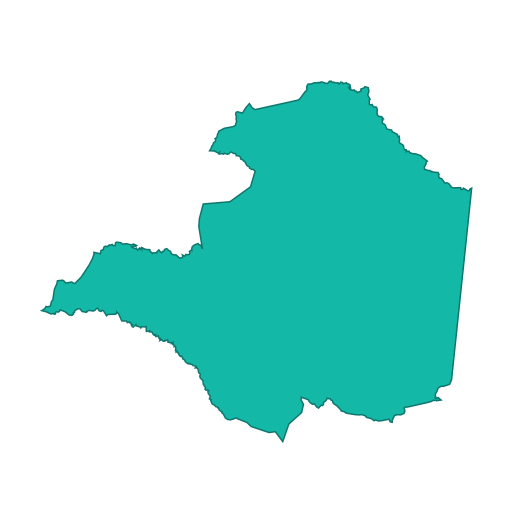 the district of Gurue, Zambezia, Mozambique, rotated 96°
{"feature_id": "85939544B52550879093260", "entity_name": "Gurue", "entity_type": "district", "adm_level": 2, "iso_a3": "MOZ", "parent_name": "Mozambique", "parent_adm1": "Zambezia", "projection": "robinson", "projection_center": [36.983, -15.463], "detail": "fine", "context": "isolated", "style": "filled", "palette": "teal", "viewbox_px": 512, "rotation_deg": 96, "n_neighbors": 0, "source": "geoboundaries", "source_scale": "gbopen_adm2", "svg_char_len": 6048}
<svg xmlns="http://www.w3.org/2000/svg" viewBox="0 0 512 512"><g transform="rotate(96 256 256)"><path d="M407.1,103.2L405.4,103.4L400.2,101.6L399.0,98.7L398.9,95.7L397.1,92.3L394.4,91.7L391.9,92.8L390.7,92.1L390.4,89.6L383.7,69.9L382.2,66.1L380.9,64.6L381.1,63.3L380.6,62.5L381.1,61.6L379.9,56.9L377.7,60.2L378.7,61.6L378.3,63.0L377.5,62.5L374.5,63.3L372.1,62.0L368.3,61.1L366.1,58.1L366.0,55.9L363.4,50.1L358.8,48.6L166.0,48.6L166.9,50.1L168.6,50.7L168.9,51.4L168.8,52.7L166.8,56.8L168.5,58.0L168.2,59.2L166.6,59.6L167.6,67.0L167.2,68.7L163.9,71.8L163.2,74.1L163.9,75.6L159.6,79.6L159.3,81.8L157.1,82.9L155.9,82.4L154.0,83.6L154.0,89.8L153.5,90.0L153.8,90.8L152.9,91.9L152.9,94.2L152.1,97.5L149.7,97.9L146.8,96.5L144.9,96.7L143.8,95.5L140.5,100.9L139.0,102.4L137.8,107.5L137.7,111.8L137.1,113.9L135.8,114.8L136.5,117.5L135.4,117.1L134.6,117.8L134.8,119.1L133.8,120.1L130.6,121.0L128.5,124.9L127.6,125.5L125.7,125.3L122.0,126.1L122.6,127.2L120.3,128.1L118.1,133.6L116.6,134.2L116.1,139.1L111.9,141.4L110.6,144.2L108.7,144.6L107.7,144.1L106.8,144.8L106.3,143.6L104.3,145.7L104.3,148.7L103.0,150.0L100.8,150.7L98.1,150.6L95.4,151.8L95.3,154.9L93.2,156.4L93.8,158.3L93.3,159.2L89.0,159.6L88.3,158.9L84.1,161.8L80.8,160.9L76.9,161.9L76.2,165.4L77.6,166.3L79.1,169.2L81.0,168.8L82.9,172.3L81.7,173.4L81.6,174.8L80.5,175.8L81.1,176.7L80.6,179.9L80.1,180.4L80.1,179.6L79.2,179.4L78.4,181.3L77.8,179.9L75.8,180.5L74.8,183.7L74.2,184.2L75.6,187.3L74.5,188.0L74.2,189.9L76.4,191.3L75.0,192.7L75.6,194.5L74.9,197.0L75.5,198.1L74.2,199.7L74.8,200.3L74.5,201.2L76.7,202.7L77.1,203.5L76.0,208.7L76.2,209.7L77.2,210.6L76.7,211.7L77.4,212.9L77.6,216.2L79.1,218.9L79.6,222.2L81.8,223.2L85.2,222.9L86.8,223.4L87.4,224.3L95.1,228.8L96.6,230.6L110.5,272.2L109.2,275.1L105.1,278.5L109.7,281.7L115.2,284.3L114.5,289.7L115.4,290.9L117.5,291.0L119.8,289.9L121.1,290.3L124.5,289.4L128.5,290.3L129.8,292.5L132.3,300.9L135.9,306.2L136.8,306.0L138.5,306.9L142.0,307.3L143.7,309.0L144.5,308.2L146.6,308.5L147.7,310.0L150.4,310.6L151.5,311.6L153.2,311.7L156.2,313.2L156.0,309.5L155.5,308.7L156.1,308.3L157.5,304.2L156.8,303.3L158.3,303.8L158.5,303.2L157.7,300.4L158.2,298.9L157.1,297.8L157.8,295.3L157.1,293.4L155.5,292.6L155.2,291.3L156.4,289.0L156.2,287.6L156.8,286.7L158.3,286.1L158.2,283.8L159.4,281.7L161.2,281.3L161.7,279.2L162.8,278.4L163.3,277.0L166.9,274.6L168.3,271.7L169.4,271.5L170.4,269.2L170.0,268.5L171.6,265.7L187.8,268.7L204.8,287.7L209.8,313.9L224.7,316.2L232.8,315.9L253.8,310.2L253.5,311.0L251.9,311.2L250.9,312.7L250.8,314.0L249.7,314.9L251.4,318.4L253.5,320.4L256.3,320.7L257.3,320.3L257.3,321.3L258.3,322.7L259.6,322.1L261.3,322.4L261.9,324.4L261.8,326.0L263.2,326.5L263.5,327.2L262.7,329.3L263.9,328.7L265.1,329.0L266.2,331.6L263.3,335.5L263.4,338.6L262.6,340.4L260.3,341.5L260.0,342.7L258.0,345.5L259.0,347.6L260.8,348.0L261.2,349.4L262.6,350.1L261.9,351.6L260.1,353.2L262.1,355.0L263.3,355.0L263.6,358.8L264.3,359.4L261.9,362.1L260.8,362.3L261.0,366.3L259.6,370.5L261.2,370.3L260.4,370.9L260.2,372.4L261.4,372.1L261.1,373.2L262.5,374.3L260.6,375.9L261.4,377.0L260.5,378.9L260.7,379.7L260.1,380.5L259.9,379.6L258.9,378.9L258.9,376.6L258.1,375.8L256.9,379.0L258.0,381.1L257.3,385.8L258.1,390.0L256.9,391.8L256.8,396.2L257.5,397.0L260.4,397.1L260.5,399.1L259.5,400.3L260.6,402.3L260.3,403.1L262.2,404.7L261.9,406.8L263.1,408.2L265.6,408.6L266.8,410.8L270.0,411.0L269.3,417.6L270.9,417.3L275.5,418.3L282.4,421.0L295.2,427.6L302.1,433.1L302.3,434.1L301.1,436.6L302.8,442.4L300.8,444.5L300.3,445.9L301.4,450.9L304.3,451.1L310.1,453.0L320.9,453.5L322.7,454.7L327.3,455.2L328.2,457.7L328.2,459.6L330.5,460.6L332.7,463.4L333.5,458.5L335.1,453.9L334.2,450.9L335.1,450.5L334.6,449.4L332.8,449.3L332.3,448.6L332.5,446.9L331.6,445.6L330.0,445.1L331.4,440.1L334.2,435.7L334.3,432.8L332.7,431.3L331.5,431.8L330.8,430.6L329.4,430.6L327.1,427.6L326.9,425.5L329.4,423.2L329.7,418.8L327.6,416.9L327.7,411.9L326.7,410.4L324.8,409.0L324.5,407.7L326.6,406.7L327.2,405.3L327.3,404.2L326.1,403.4L326.5,401.9L331.1,398.4L329.6,397.1L328.6,390.0L328.0,388.9L326.3,388.7L327.1,388.1L327.5,386.8L334.6,382.7L334.2,378.1L335.7,377.0L334.9,375.3L335.1,374.4L335.6,374.5L336.0,373.1L335.6,372.9L337.4,372.9L337.4,372.1L337.9,372.5L339.1,371.8L339.6,370.8L336.7,368.3L338.0,367.9L338.8,363.6L339.6,363.0L338.2,362.1L338.2,359.3L337.7,357.9L342.5,357.2L341.5,354.0L342.6,354.1L342.4,351.6L344.8,350.0L344.7,347.9L345.5,348.5L345.6,347.6L346.6,347.2L345.6,344.9L347.7,344.2L347.9,342.6L348.6,343.1L348.9,342.6L350.1,342.8L349.1,341.2L350.4,339.6L350.2,337.9L349.5,337.9L349.7,337.0L348.6,335.3L349.1,334.7L350.8,334.7L351.2,332.7L350.8,331.4L351.8,331.1L350.9,329.8L351.7,330.1L351.6,329.4L352.2,329.0L352.3,329.8L353.5,328.0L354.6,327.9L354.1,327.4L354.9,326.3L358.7,326.1L358.9,325.4L359.7,325.4L359.4,325.0L360.0,324.3L359.6,324.2L360.6,323.6L360.7,322.9L362.3,322.3L363.8,320.7L363.2,319.5L366.2,317.8L366.6,316.5L368.9,314.8L370.4,312.1L369.8,311.4L369.9,310.4L370.4,310.4L370.7,307.7L371.5,307.2L371.9,304.0L372.3,303.7L373.6,304.7L373.5,303.0L374.5,301.8L378.0,300.8L379.2,299.1L381.9,299.2L383.2,298.6L385.5,295.8L389.1,295.0L392.4,292.4L393.8,292.8L394.7,291.6L394.2,290.1L394.9,289.0L395.9,289.7L397.9,289.0L400.1,286.8L403.0,287.4L403.7,285.4L404.7,285.9L407.9,283.9L408.2,282.5L410.1,280.1L410.1,278.8L411.1,278.0L411.0,277.3L413.0,276.5L414.7,273.5L415.5,273.6L416.4,272.1L420.3,269.5L421.5,267.2L421.6,264.2L419.0,258.2L419.8,257.5L422.5,247.6L426.1,243.0L430.2,224.6L428.7,218.4L437.8,210.0L419.7,205.8L406.9,194.3L398.5,193.3L394.5,196.1L391.7,196.2L393.5,189.0L395.6,187.6L397.6,184.4L397.0,182.4L399.8,179.9L400.7,177.9L397.8,175.8L397.7,174.2L396.8,173.4L394.4,173.5L393.6,172.2L391.6,170.8L390.0,170.5L390.4,168.8L390.0,167.6L391.6,166.2L391.6,165.3L392.4,164.5L393.5,164.4L394.8,163.2L396.7,159.6L400.5,155.3L401.2,155.1L401.7,151.6L402.8,150.3L403.4,141.7L403.3,136.9L402.7,134.2L403.5,130.5L404.9,129.4L405.7,124.3L407.5,121.3L406.5,120.2L407.3,117.0L406.5,113.3L404.4,106.7L406.9,105.2L407.1,103.2Z" fill="#14b8a6" stroke="#0f766e" stroke-width="1.5"/></g></svg>